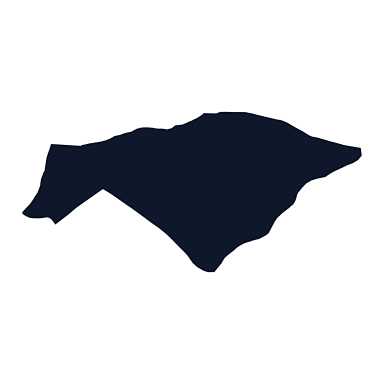 the district of Beausejour/Ndc, Gros Islet, Saint Lucia
{"feature_id": "8701671B72446042689753", "entity_name": "Beausejour/Ndc", "entity_type": "district", "adm_level": 2, "iso_a3": "LCA", "parent_name": "Saint Lucia", "parent_adm1": "Gros Islet", "projection": "mercator", "projection_center": [-60.928, 14.077], "detail": "fine", "context": "isolated", "style": "filled", "palette": "ink", "viewbox_px": 384, "rotation_deg": 0, "n_neighbors": 0, "source": "geoboundaries", "source_scale": "gbopen_adm2", "svg_char_len": 4005}
<svg xmlns="http://www.w3.org/2000/svg" viewBox="0 0 384 384"><path d="M214.0,271.3L219.6,264.4L220.7,263.1L221.3,262.1L222.0,260.9L222.7,259.7L223.6,258.1L224.5,257.1L225.5,256.2L226.5,255.3L228.0,254.0L229.0,253.2L230.1,252.3L231.2,251.6L232.7,250.3L233.7,249.6L234.8,248.5L235.7,247.7L237.4,246.4L238.3,245.8L239.6,244.9L240.6,244.4L242.3,243.5L243.5,242.8L244.8,242.4L246.0,241.9L247.9,241.3L248.9,241.1L250.6,240.5L251.7,240.1L253.6,239.5L254.8,239.2L256.2,238.8L257.4,238.6L258.2,238.4L259.1,238.0L260.4,237.4L261.7,236.8L262.7,236.2L264.5,235.2L265.5,234.6L266.8,233.7L267.8,232.9L268.3,232.3L268.7,231.3L269.4,230.2L270.1,228.9L270.7,227.7L271.6,226.0L272.2,224.9L272.8,223.7L273.4,222.5L274.4,220.8L275.2,219.6L275.8,218.5L276.7,217.6L277.9,216.2L279.1,215.2L280.1,214.2L281.0,213.4L282.3,212.1L283.3,211.4L284.6,210.4L285.7,209.6L287.1,208.4L288.1,207.8L289.2,206.8L290.2,205.9L291.7,204.7L292.6,203.9L293.3,202.8L294.1,201.6L294.8,200.2L295.1,199.2L295.8,197.1L296.4,194.4L297.6,192.1L301.4,187.5L305.5,183.1L310.8,179.8L317.9,177.7L325.0,176.3L329.6,173.1L332.7,171.3L347.4,164.4L352.7,162.4L357.6,159.4L361.0,155.3L360.3,150.5L360.1,148.6L343.2,145.7L342.8,145.5L340.4,144.8L337.1,143.9L333.5,142.9L330.4,142.2L327.3,141.2L323.8,140.2L320.6,139.3L318.0,138.5L314.3,137.8L312.2,137.4L310.0,136.6L307.1,135.0L302.3,132.0L295.7,128.4L291.2,125.9L287.2,123.5L282.7,121.5L280.0,120.7L277.5,120.4L257.2,115.6L251.0,114.0L245.3,112.9L240.2,112.8L232.7,112.8L226.6,112.6L220.8,112.7L220.1,112.7L217.0,114.0L216.6,114.2L204.0,113.9L203.3,114.6L202.4,115.5L201.2,116.3L200.1,117.0L198.5,117.9L197.4,118.7L196.1,119.3L194.8,119.8L193.2,120.7L192.1,121.3L190.7,121.8L189.4,122.3L187.5,123.2L186.5,123.7L185.2,124.2L184.0,124.7L182.8,125.3L182.1,125.4L180.9,125.5L179.4,125.7L178.1,126.0L176.1,125.9L175.0,126.5L174.0,127.4L173.0,128.1L172.1,128.8L171.2,129.1L169.8,129.4L168.5,129.9L167.2,130.2L165.3,129.9L164.1,129.7L162.6,129.4L161.3,129.4L159.4,129.4L158.0,129.4L156.6,129.2L155.3,129.1L153.5,128.7L152.3,128.5L150.9,128.4L149.4,128.3L147.7,128.1L146.0,128.2L144.8,128.1L143.5,128.2L141.6,128.3L140.2,128.7L138.9,129.0L137.6,129.3L136.9,129.5L136.0,130.0L134.7,130.7L133.5,131.4L132.3,132.0L131.5,132.5L130.7,132.7L129.2,132.9L127.8,133.2L126.6,133.5L124.8,134.0L123.4,134.4L122.1,135.0L120.9,135.4L119.1,135.9L117.8,136.1L116.2,136.5L115.0,136.7L113.4,137.6L112.2,138.3L110.9,139.0L109.8,139.6L107.9,140.2L106.8,140.8L105.4,141.2L104.3,141.5L102.3,142.0L101.0,142.4L99.7,142.6L98.3,142.8L96.5,143.1L95.0,143.3L93.7,143.5L92.5,143.8L90.5,144.0L89.0,144.3L87.9,144.6L86.7,144.9L84.7,145.3L83.2,145.6L82.1,145.8L81.6,146.7L51.7,144.8L51.2,146.0L50.6,148.1L50.3,149.2L49.7,150.7L49.3,151.8L48.6,153.8L48.3,154.9L47.7,156.4L47.4,157.5L47.1,159.3L46.8,160.8L46.5,163.2L46.1,165.5L45.9,166.6L45.7,168.0L45.5,169.6L45.5,170.5L45.1,171.3L44.5,172.4L43.8,173.8L43.5,174.9L42.6,177.0L42.2,178.0L41.7,179.4L41.6,180.6L41.2,182.5L41.1,183.8L41.0,185.2L40.6,186.7L40.0,188.2L39.5,189.7L38.9,191.0L38.6,192.2L38.5,192.6L37.3,194.1L36.1,196.0L35.3,197.3L34.3,198.9L34.1,199.4L33.3,200.5L30.6,204.4L27.3,207.9L25.3,210.0L23.1,212.4L23.0,213.3L23.6,213.7L24.3,214.1L24.9,214.6L25.6,215.0L26.2,215.3L26.8,215.7L27.5,216.0L28.2,216.4L29.0,216.7L29.8,217.0L30.6,217.2L31.5,217.3L32.2,217.4L32.9,217.4L33.6,217.5L34.3,217.5L35.0,217.5L35.6,217.5L36.3,217.5L37.0,217.5L37.7,217.5L38.4,217.5L39.1,217.5L39.9,217.5L40.8,217.4L41.6,217.4L42.5,217.3L43.4,217.1L44.3,217.0L45.2,216.8L46.2,216.6L47.2,216.6L48.2,216.7L49.1,217.0L49.9,217.4L50.5,217.8L51.3,218.3L52.0,218.9L52.7,219.6L53.2,220.4L53.9,221.2L54.5,222.0L55.0,222.9L55.4,223.5L57.9,221.6L64.3,216.7L67.7,214.1L75.8,207.2L78.7,205.1L91.1,196.4L94.3,194.2L102.9,188.1L112.0,193.7L128.1,205.0L132.1,207.7L143.5,216.0L144.6,216.8L145.9,217.8L146.5,218.2L152.2,222.5L159.5,227.5L166.1,232.9L171.9,238.4L179.4,246.1L185.9,252.6L188.1,255.1L193.4,262.7L197.9,266.6L204.1,270.2L208.2,271.4L212.8,271.3L214.0,271.3Z" fill="#0f172a" stroke="#020617" stroke-width="1.5"/></svg>